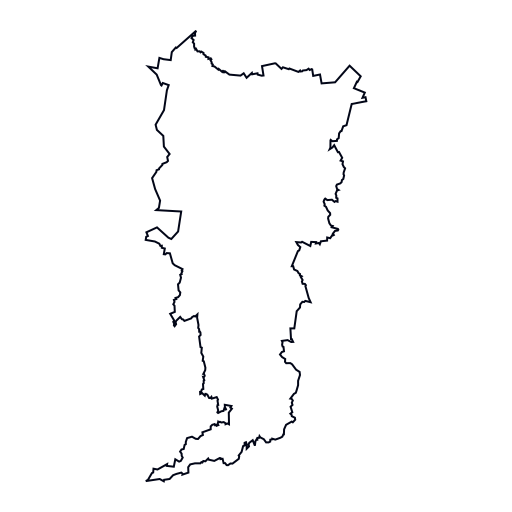 Sombrerete, Zacatecas, Mexico (Robinson projection)
{"feature_id": "50627088B37506773175318", "entity_name": "Sombrerete", "entity_type": "district", "adm_level": 2, "iso_a3": "MEX", "parent_name": "Mexico", "parent_adm1": "Zacatecas", "projection": "robinson", "projection_center": [-103.603, 23.575], "detail": "fine", "context": "isolated", "style": "outline", "palette": "ink", "viewbox_px": 512, "rotation_deg": 0, "n_neighbors": 0, "source": "geoboundaries", "source_scale": "gbopen_adm2", "svg_char_len": 6035}
<svg xmlns="http://www.w3.org/2000/svg" viewBox="0 0 512 512"><path d="M160.1,200.6L158.9,207.9L156.3,210.1L181.2,211.5L178.1,231.5L171.3,239.0L168.4,237.7L157.0,227.4L146.4,232.3L147.9,236.0L146.2,236.8L145.7,239.9L154.9,241.5L159.3,243.7L160.4,245.9L161.8,245.7L161.8,247.8L164.8,248.5L163.8,254.2L165.3,254.4L166.7,253.1L169.9,253.3L172.7,263.3L174.7,265.2L182.5,269.1L181.7,270.7L182.4,271.2L181.3,273.6L181.6,274.1L180.2,274.8L181.0,277.7L179.7,282.6L178.0,284.3L178.6,290.4L180.3,292.4L179.9,295.1L178.1,297.2L175.6,297.9L176.2,299.1L173.9,299.9L174.5,301.9L173.3,304.3L174.5,305.7L174.8,311.9L170.2,313.8L174.0,320.2L174.1,320.9L173.3,321.8L174.2,323.8L173.9,325.3L174.6,326.2L176.1,324.2L175.6,322.1L176.2,320.8L180.2,316.9L181.9,319.2L183.2,319.5L184.4,320.9L191.2,318.4L192.1,317.1L194.0,316.0L195.2,316.5L197.4,314.4L197.1,317.6L198.5,325.0L198.2,327.9L199.1,329.1L199.2,331.6L199.8,331.5L200.4,332.4L200.6,335.0L199.1,336.5L200.5,347.1L201.8,347.7L201.3,352.9L203.3,356.6L202.7,360.8L203.8,361.3L205.4,367.7L205.2,370.2L203.4,373.8L204.0,373.8L204.7,375.8L203.8,377.3L203.2,377.1L204.3,380.2L203.7,380.6L203.7,383.3L203.0,384.0L203.3,389.0L201.8,389.5L201.2,391.5L200.1,391.8L200.2,394.0L202.1,393.1L204.8,395.7L205.6,393.1L205.8,394.1L207.3,394.6L209.1,398.0L210.3,398.1L211.4,396.9L211.9,398.6L216.7,397.1L218.0,399.6L217.5,400.7L218.2,404.9L217.6,404.9L217.2,406.6L218.2,410.4L217.4,412.4L218.1,413.0L221.3,411.3L223.5,410.9L224.3,408.5L226.4,410.0L224.9,407.1L224.8,404.8L231.4,406.0L230.4,407.6L231.9,408.7L228.8,412.6L229.0,424.3L227.4,423.5L225.6,424.2L225.6,423.3L223.7,422.1L221.4,422.5L219.9,421.8L218.7,422.4L218.2,421.8L217.6,424.0L218.3,425.1L216.5,425.8L216.0,424.9L215.0,425.2L214.6,424.1L212.3,424.8L210.7,426.4L210.7,429.3L202.4,432.3L202.9,435.0L200.5,436.1L198.0,439.0L195.7,438.8L192.0,436.7L187.1,438.1L185.8,441.9L185.8,444.2L184.6,444.9L183.7,449.0L181.5,449.5L180.1,451.6L181.6,453.6L181.7,455.8L182.7,457.6L180.8,460.9L179.1,461.6L175.3,459.3L173.8,466.7L166.8,465.9L167.1,464.1L157.5,469.5L153.5,468.7L153.2,472.5L151.9,473.1L148.0,479.8L145.8,481.1L159.7,479.0L163.8,481.3L164.1,479.8L169.6,479.0L173.1,475.2L176.5,473.9L181.3,472.6L182.7,473.8L182.5,474.6L188.4,472.6L188.2,467.2L190.2,464.4L195.1,463.3L200.4,463.3L201.4,462.1L202.4,462.5L203.3,461.0L205.4,461.3L208.2,458.5L208.8,459.7L214.3,460.9L219.8,458.0L220.6,458.2L220.6,459.1L222.6,458.8L223.6,463.1L225.1,463.1L226.6,465.1L228.0,465.2L230.4,463.5L232.5,463.6L238.8,458.8L239.2,456.3L238.7,455.5L241.6,451.9L243.1,446.1L246.0,444.9L245.6,443.6L244.6,443.7L244.6,442.8L246.0,442.2L246.7,444.4L246.7,448.7L249.0,446.4L248.6,444.4L249.3,442.8L252.7,440.2L254.9,445.7L255.4,441.3L256.6,439.3L257.3,439.6L257.4,437.9L259.1,437.8L259.5,436.2L260.3,437.4L263.8,439.2L266.1,442.4L268.6,442.4L270.2,441.6L270.3,439.7L272.3,439.3L272.3,438.7L275.3,439.6L280.3,437.8L282.3,436.7L283.4,434.3L283.9,434.3L284.1,429.3L286.1,424.8L291.7,421.6L292.8,422.3L295.2,419.7L294.9,417.7L291.8,416.2L291.6,414.9L290.4,413.7L292.3,412.3L290.6,406.7L292.5,404.9L291.8,402.7L292.8,400.5L291.6,398.8L290.4,398.6L293.9,393.9L295.8,392.8L296.5,390.7L298.1,385.2L298.1,380.8L300.0,375.0L299.6,371.9L296.1,369.7L292.1,364.3L290.3,363.1L286.2,363.2L285.0,361.8L285.2,359.0L282.1,357.1L280.0,354.5L281.9,352.0L284.0,351.3L283.5,346.9L282.6,346.5L282.1,344.8L282.5,342.3L281.9,340.9L287.6,340.1L291.2,342.0L293.1,341.9L291.7,339.0L291.0,339.0L290.4,328.4L294.3,328.4L296.7,311.2L300.0,307.5L300.2,304.4L302.4,301.8L304.2,302.0L305.3,300.9L310.6,302.2L308.7,298.0L305.4,286.1L305.9,285.2L304.9,283.9L302.6,283.8L301.9,281.5L302.6,280.0L300.8,277.0L301.7,276.3L299.9,275.3L300.0,274.0L298.6,273.2L297.4,271.0L294.1,269.5L293.2,266.2L291.8,266.2L297.9,251.1L299.2,250.4L300.3,247.1L297.9,245.0L296.3,242.1L301.1,242.5L302.1,241.8L310.3,246.0L311.2,241.9L316.1,242.1L315.8,243.5L318.8,243.0L319.8,244.3L320.9,241.3L327.1,240.6L327.2,237.5L330.2,238.2L332.5,234.8L333.0,235.4L333.8,235.0L332.9,233.6L335.0,230.9L337.8,230.5L338.3,229.7L337.9,228.9L331.8,227.3L332.7,226.0L331.0,225.6L329.4,223.3L328.1,218.5L328.3,216.8L330.2,214.8L330.1,213.1L327.7,210.5L326.0,206.8L324.4,205.7L324.7,204.1L323.6,201.7L324.2,199.9L325.2,199.3L324.6,198.1L327.3,200.1L331.9,199.7L334.5,201.9L335.6,201.1L337.5,201.7L337.5,198.4L336.2,197.8L336.3,195.4L335.6,193.9L337.0,190.5L338.5,190.0L337.1,189.1L336.2,186.1L336.9,184.6L340.3,183.4L341.6,182.1L341.9,180.1L343.3,179.0L344.1,175.4L343.5,174.2L343.7,172.4L345.1,168.3L343.8,167.0L342.5,164.2L343.0,161.4L340.6,160.6L342.2,157.8L339.0,152.0L337.9,152.2L334.2,145.2L332.4,147.5L329.7,149.2L330.4,147.6L330.5,140.3L330.7,139.9L332.3,141.2L336.9,140.9L337.0,139.4L338.7,138.1L339.1,133.4L340.6,131.2L341.5,131.1L343.2,126.3L346.5,125.2L351.7,104.0L366.3,101.2L365.5,97.2L362.5,97.8L364.8,92.6L353.9,88.2L356.9,81.7L357.5,82.0L360.7,76.3L349.6,65.7L335.1,82.3L321.6,83.4L320.0,74.5L313.2,75.9L312.2,69.4L311.6,69.1L309.7,70.0L308.6,68.7L306.5,70.1L302.9,70.5L302.2,71.3L300.3,71.5L300.0,70.6L298.4,71.9L289.4,68.5L288.8,69.2L282.9,67.3L281.5,68.9L275.7,63.4L274.9,63.3L262.0,66.1L263.5,75.5L261.7,75.7L257.7,74.6L257.5,73.3L252.2,74.3L251.9,72.9L246.6,77.8L243.7,73.3L240.5,75.6L229.4,74.6L225.1,71.4L224.7,72.1L223.8,71.3L223.5,72.0L222.6,71.2L222.2,71.9L218.7,68.9L218.3,69.6L214.5,66.5L212.4,66.0L212.8,64.5L211.6,63.5L211.7,62.3L210.5,60.2L211.4,59.3L210.7,58.3L208.4,58.9L208.4,57.3L205.8,56.8L205.7,55.6L203.5,54.2L203.5,52.9L201.3,51.6L200.5,52.3L199.6,51.3L197.5,51.4L196.2,49.1L195.5,49.5L195.5,48.4L194.7,48.4L194.1,46.6L194.1,43.6L192.8,42.3L193.6,40.0L191.5,38.1L192.8,35.8L195.1,35.6L195.0,33.1L196.2,30.7L176.6,48.0L175.8,47.5L171.8,52.1L170.7,60.1L163.5,59.2L159.4,57.9L157.6,68.3L148.3,66.6L156.7,74.6L161.0,85.1L161.5,85.5L162.8,83.0L168.7,85.1L166.9,90.3L164.0,110.1L155.6,124.7L156.9,129.9L163.3,135.9L163.9,146.6L169.6,154.0L167.2,157.0L168.0,160.9L166.7,162.2L162.4,163.9L162.3,165.0L159.1,168.4L159.0,169.3L156.6,170.2L156.3,172.0L152.1,178.1L155.1,189.0L160.1,200.6Z" fill="none" stroke="#020617" stroke-width="2"/></svg>